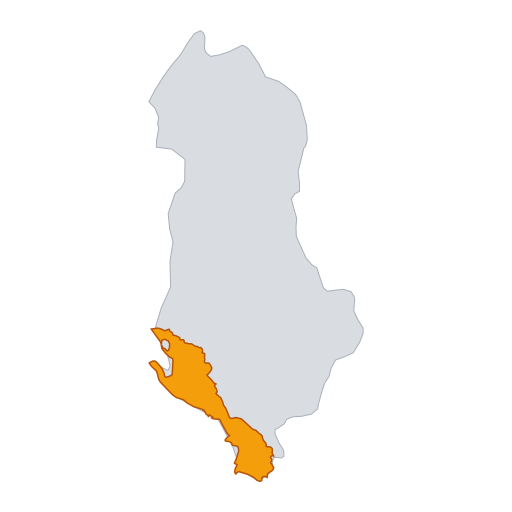 Albania, with Vlorë highlighted
{"feature_id": "ALB-1504", "entity_name": "Vlorë", "entity_type": "County", "adm_level": 1, "iso_a3": "ALB", "parent_name": "Albania", "parent_adm1": "", "projection": "robinson", "projection_center": [19.787, 40.148], "detail": "fine", "context": "in_parent", "style": "filled", "palette": "amber", "viewbox_px": 512, "rotation_deg": 0, "n_neighbors": 0, "source": "natural_earth", "source_scale": "10m", "svg_char_len": 4996}
<svg xmlns="http://www.w3.org/2000/svg" viewBox="0 0 512 512"><path d="M156.3,147.2L156.7,139.7L158.7,127.9L157.6,124.0L158.7,117.3L155.0,108.3L148.9,101.8L154.8,90.3L163.4,76.5L171.4,65.5L181.1,54.0L187.5,43.1L194.4,33.6L200.4,30.7L203.3,32.7L204.9,36.9L204.5,49.1L206.6,53.3L210.7,56.4L219.3,54.9L229.0,51.8L241.9,45.4L244.1,45.8L248.9,49.2L258.9,63.9L265.6,76.9L278.7,81.4L286.0,86.5L295.4,94.2L300.0,101.9L306.5,125.6L307.3,139.9L305.4,146.5L303.8,148.2L298.1,171.5L299.5,183.3L299.5,191.2L294.5,194.2L291.3,199.1L296.7,218.6L296.0,226.8L296.3,236.3L306.0,258.0L311.7,264.7L316.8,267.9L323.4,287.8L327.3,291.2L343.2,289.3L350.9,291.6L354.0,296.3L354.7,299.5L353.7,310.7L357.7,319.3L363.1,328.1L363.1,333.5L359.6,342.4L353.3,352.7L344.9,356.6L335.6,360.0L331.2,368.0L329.0,376.5L324.9,382.8L322.4,389.7L318.5,403.9L317.6,409.0L311.3,414.2L301.6,416.3L292.8,416.8L286.9,419.2L283.9,424.0L278.4,427.9L275.0,429.7L275.1,434.0L279.1,443.1L283.7,450.4L283.9,456.3L281.6,458.0L274.5,457.2L272.9,459.4L272.2,466.0L270.3,471.6L267.4,475.0L262.3,478.8L252.9,477.6L244.1,471.9L239.5,470.2L236.9,470.4L236.2,456.6L232.4,445.8L218.5,420.1L173.3,395.2L162.7,384.0L158.1,374.6L153.4,365.7L157.9,365.5L162.3,367.7L167.9,370.4L170.2,366.0L167.8,356.3L156.2,333.6L155.4,327.3L161.1,308.4L170.6,287.0L170.0,261.2L173.0,241.7L169.7,229.1L168.2,213.6L175.2,193.0L181.1,187.9L184.7,181.3L185.0,159.4L171.7,149.1L156.3,147.2Z" fill="#d9dde1" stroke="#a8b0b8" stroke-width="1"/><path d="M273.6,456.0L273.5,455.9L272.3,455.7L271.2,456.1L270.4,457.2L270.7,457.9L271.4,458.5L271.8,459.7L271.6,460.5L270.9,462.3L270.7,462.7L271.0,463.2L271.9,464.3L272.1,464.8L272.6,466.1L273.3,466.7L273.7,467.5L273.3,469.2L271.6,471.1L269.3,472.4L267.5,474.1L267.1,477.4L266.0,476.8L264.9,476.4L263.9,476.4L262.9,476.8L261.9,477.8L261.8,478.9L261.8,480.0L261.4,480.8L259.5,481.3L256.9,480.2L253.4,477.2L247.8,474.4L242.9,472.9L238.7,471.6L236.7,472.8L236.4,472.9L236.2,473.8L235.4,473.8L234.7,471.6L235.1,469.1L237.1,464.5L235.0,463.7L234.4,463.1L236.2,459.3L238.5,451.7L238.7,449.9L237.9,446.8L236.6,446.0L234.7,445.8L232.0,444.9L231.8,444.5L231.8,443.9L231.7,443.2L231.2,442.7L229.5,441.8L228.3,441.4L226.1,441.3L225.2,440.7L225.2,439.7L227.0,437.6L228.2,436.4L229.5,435.6L227.3,433.7L221.5,423.2L220.8,421.4L219.9,419.8L218.9,419.1L215.0,419.0L213.0,418.7L211.7,418.0L212.7,417.1L209.3,414.9L208.8,415.9L208.6,416.4L208.5,417.1L208.1,415.7L207.5,415.1L206.7,414.6L205.9,413.9L205.7,413.3L204.8,411.6L203.8,410.1L203.4,410.4L202.1,409.2L194.0,406.8L187.2,403.0L183.3,399.7L176.3,397.5L172.3,394.6L160.6,382.4L159.3,380.4L158.7,379.1L157.0,372.4L156.1,370.6L151.8,366.7L150.3,364.7L150.1,364.2L149.4,363.7L149.4,362.7L152.7,361.1L154.7,361.0L156.6,362.2L161.0,367.2L162.1,368.8L163.8,372.4L164.4,374.5L164.7,376.6L165.8,377.2L168.4,376.7L171.0,375.5L172.2,374.5L173.0,360.9L172.7,358.7L169.5,357.0L165.3,353.0L161.9,348.6L161.3,345.4L162.2,346.3L162.5,347.4L162.8,348.7L163.8,348.4L164.7,348.4L167.1,350.9L168.6,350.2L169.5,347.4L169.7,343.8L168.2,340.9L164.9,339.3L162.0,340.1L161.3,344.2L160.5,341.9L152.0,330.2L151.3,329.0L154.4,328.7L156.4,328.1L158.2,328.2L159.9,328.6L162.5,329.6L164.4,330.7L165.7,330.5L168.6,329.3L169.2,329.3L169.5,329.5L169.5,330.0L169.5,330.3L169.5,330.7L170.0,331.2L170.8,331.8L172.1,332.6L172.6,333.1L172.7,333.7L172.6,334.2L172.8,335.0L173.5,335.3L174.6,335.4L175.8,335.7L178.7,337.1L179.4,337.6L179.8,338.0L179.8,338.4L179.8,338.9L179.9,339.3L180.2,339.8L180.7,340.0L181.5,340.0L182.5,339.7L183.1,339.8L183.6,339.9L183.8,340.1L183.9,340.3L183.8,340.6L184.1,341.2L184.5,342.6L184.9,342.9L185.5,343.1L186.7,343.0L187.6,343.5L189.2,343.8L191.5,343.8L195.0,346.1L195.8,346.4L196.3,346.5L196.7,346.4L197.2,346.5L197.8,346.8L198.6,347.4L199.2,347.7L199.6,347.7L199.9,347.6L200.2,347.5L200.7,347.6L201.2,347.9L201.9,348.8L202.4,349.6L202.6,350.9L202.5,351.7L202.3,352.2L202.1,352.3L202.0,352.5L202.2,352.9L204.0,353.3L204.5,353.5L204.7,354.0L204.7,354.9L204.6,356.4L204.4,356.9L204.5,357.4L204.8,359.1L204.8,359.8L204.6,360.5L204.4,361.1L204.4,361.7L204.6,362.3L205.4,362.9L206.3,363.2L207.6,363.0L209.2,363.3L211.1,366.3L211.6,367.5L211.7,368.4L211.4,369.7L210.6,371.0L209.6,372.4L207.9,374.2L207.0,374.8L207.1,375.3L207.6,376.0L211.2,379.5L213.4,382.4L213.9,382.9L214.4,383.3L215.9,383.7L216.0,383.9L216.0,384.0L215.6,384.5L214.6,385.2L214.4,385.5L214.5,385.9L214.8,386.6L215.9,388.1L216.5,389.4L217.0,391.2L217.0,392.0L216.8,392.6L216.0,393.3L216.3,393.9L216.7,394.4L220.7,397.7L223.0,402.8L223.1,404.2L223.7,405.4L225.5,407.9L226.7,410.5L229.2,416.8L230.0,417.9L231.0,418.4L232.6,418.4L235.0,417.7L235.8,417.6L236.5,417.6L239.6,418.5L240.5,418.6L241.8,419.2L251.4,428.1L253.5,429.6L254.9,430.1L255.6,430.1L256.3,430.6L259.1,433.4L261.4,435.0L262.0,435.8L262.8,438.9L263.2,440.0L264.4,441.6L265.5,442.8L266.1,444.0L266.3,446.5L267.8,446.8L269.5,446.8L270.4,447.1L271.4,447.6L272.0,448.5L272.4,449.6L272.1,453.3L273.4,455.2L273.6,455.9L273.6,456.0Z" fill="#f59e0b" stroke="#b45309" stroke-width="1.5"/></svg>